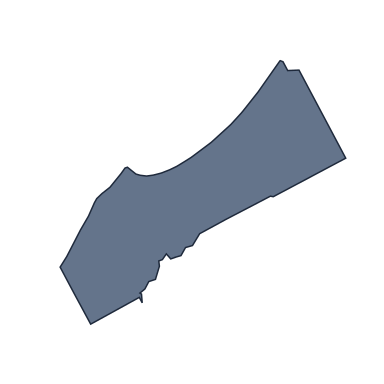 the district of Brevard, Florida, United States of America, rotated 242°
{"feature_id": "52423323B51894454867093", "entity_name": "Brevard", "entity_type": "district", "adm_level": 2, "iso_a3": "USA", "parent_name": "United States of America", "parent_adm1": "Florida", "projection": "orthographic", "projection_center": [-80.716, 28.307], "detail": "fine", "context": "isolated", "style": "filled", "palette": "slate", "viewbox_px": 384, "rotation_deg": 242, "n_neighbors": 0, "source": "geoboundaries", "source_scale": "gbopen_adm2", "svg_char_len": 832}
<svg xmlns="http://www.w3.org/2000/svg" viewBox="0 0 384 384"><g transform="rotate(242 192 192)"><path d="M187.6,40.3L157.2,40.3L122.9,40.5L123.7,96.0L117.5,96.0L125.6,99.5L127.2,98.6L128.5,104.9L133.2,111.8L132.0,118.7L141.8,128.4L146.7,130.3L146.2,134.1L149.4,140.3L142.9,141.8L142.2,146.2L142.3,146.2L141.0,152.4L146.0,160.2L144.5,167.3L151.6,179.2L151.9,209.1L151.5,259.3L149.7,261.5L149.7,343.6L249.4,343.7L254.3,333.5L264.3,333.5L266.5,331.6L266.5,331.2L249.3,297.3L239.5,274.9L238.6,272.7L233.4,258.1L226.8,232.3L222.9,207.3L222.2,197.4L221.8,190.6L222.1,182.7L223.1,174.1L223.6,171.8L225.1,165.7L227.4,159.4L231.1,154.1L234.2,150.9L244.2,146.6L244.6,144.1L241.6,138.1L234.7,121.8L232.9,111.9L230.9,104.8L228.4,100.9L219.3,89.3L210.9,75.8L193.8,51.1L187.6,40.3Z" fill="#64748b" stroke="#1e293b" stroke-width="1.5"/></g></svg>